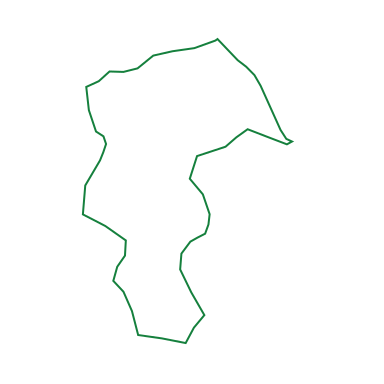 SVG path tracing the border of Dəvəçi, rotated 342°
{"feature_id": "AZE-1701", "entity_name": "Dəvəçi", "entity_type": "District", "adm_level": 1, "iso_a3": "AZE", "parent_name": "Azerbaijan", "parent_adm1": "", "projection": "orthographic", "projection_center": [48.885, 41.11], "detail": "fine", "context": "isolated", "style": "outline", "palette": "green", "viewbox_px": 384, "rotation_deg": 342, "n_neighbors": 0, "source": "natural_earth", "source_scale": "10m", "svg_char_len": 792}
<svg xmlns="http://www.w3.org/2000/svg" viewBox="0 0 384 384"><g transform="rotate(342 192 192)"><path d="M263.5,54.4L276.2,80.8L282.3,89.7L287.5,100.1L290.1,112.3L295.4,160.4L298.1,170.6L302.7,174.9L297.0,176.0L280.4,162.6L264.3,149.5L251.1,153.7L237.9,159.3L207.9,159.4L194.0,178.7L201.6,197.6L201.9,218.6L197.6,228.0L191.6,235.7L183.0,237.1L175.1,238.7L162.9,247.3L156.8,262.0L160.3,287.3L165.7,312.9L151.9,321.6L139.3,333.7L118.1,321.9L96.6,311.4L98.1,286.7L96.0,265.7L89.7,252.2L97.8,240.0L108.6,231.8L114.1,217.6L99.0,197.5L81.3,179.6L92.5,152.8L114.3,133.5L119.9,126.8L125.1,119.8L125.0,111.7L119.4,104.8L119.2,82.3L123.9,59.4L137.6,57.8L150.8,51.9L163.9,56.6L178.4,57.6L197.3,50.3L216.9,52.1L238.7,55.9L261.1,55.2L263.5,54.4Z" fill="none" stroke="#15803d" stroke-width="2"/></g></svg>